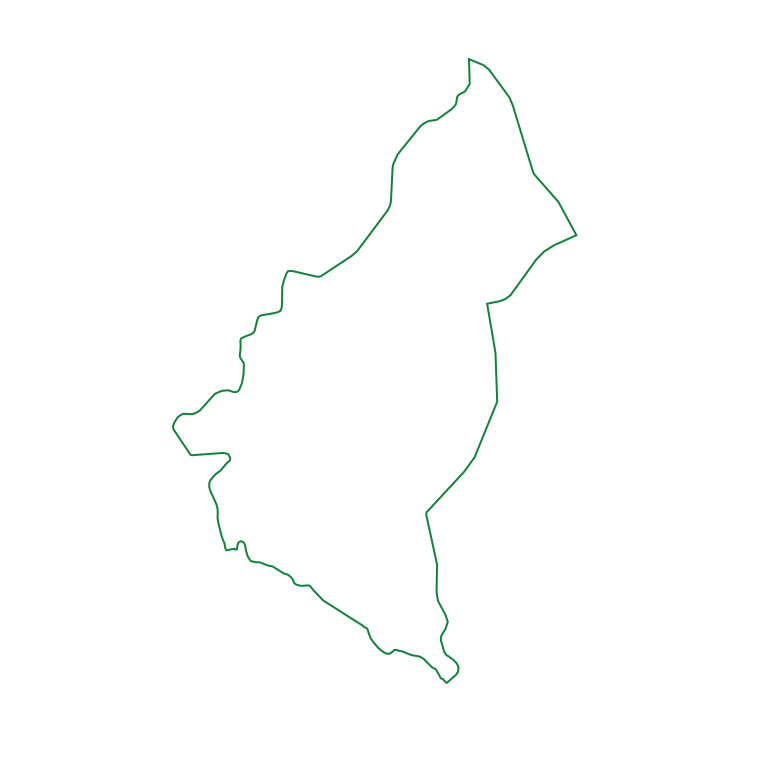 an SVG outline of Dosso, rotated 350°
{"feature_id": "NER-93", "entity_name": "Dosso", "entity_type": "Department", "adm_level": 1, "iso_a3": "NER", "parent_name": "Niger", "parent_adm1": "", "projection": "albers", "projection_center": [3.221, 13.177], "detail": "fine", "context": "isolated", "style": "outline", "palette": "green", "viewbox_px": 768, "rotation_deg": 350, "n_neighbors": 0, "source": "natural_earth", "source_scale": "10m", "svg_char_len": 2947}
<svg xmlns="http://www.w3.org/2000/svg" viewBox="0 0 768 768"><g transform="rotate(350 384 384)"><path d="M498.6,377.0L492.4,421.1L460.5,471.9L447.6,484.4L403.7,517.7L402.9,519.8L404.9,571.1L399.6,598.2L399.5,607.1L404.5,622.2L405.5,629.2L402.0,636.1L398.6,639.6L396.4,642.6L395.5,646.0L396.7,657.7L397.3,659.7L398.5,661.9L399.2,662.6L400.0,663.1L404.7,668.1L407.2,671.9L408.2,676.0L406.8,680.4L404.4,682.9L394.0,689.2L392.6,688.0L390.7,684.7L389.0,683.8L388.3,682.2L387.9,680.4L387.2,678.8L386.2,675.6L385.4,674.0L384.5,673.1L383.4,672.4L382.0,671.2L375.3,661.6L373.6,660.0L371.4,658.4L364.0,655.8L355.0,650.2L352.7,649.5L350.5,648.2L348.2,647.7L345.3,649.4L342.6,650.7L339.8,650.0L337.4,648.3L335.6,646.7L332.8,643.3L328.2,635.5L326.7,631.8L325.7,627.1L325.2,622.7L324.6,621.6L321.8,619.5L321.2,618.4L286.6,586.7L278.5,574.6L276.5,570.7L275.7,569.7L274.0,569.1L267.4,568.4L265.0,567.5L262.8,566.3L261.1,564.6L259.9,560.0L258.3,557.4L256.3,555.2L252.2,553.0L242.6,544.3L238.1,542.6L230.9,538.1L226.6,537.2L222.1,535.3L220.0,530.6L219.2,524.8L219.2,519.6L218.7,516.5L217.3,514.7L215.5,514.0L213.6,514.6L212.7,515.5L211.9,516.9L211.2,518.4L210.9,519.5L210.4,521.2L209.2,521.4L208.1,520.8L208.0,520.3L199.8,520.3L199.2,518.2L199.2,512.6L198.4,510.2L197.8,506.3L196.7,492.2L196.8,486.9L197.9,482.1L198.4,478.2L198.3,475.6L198.0,473.1L194.6,459.9L194.2,457.4L194.1,454.8L194.5,452.3L194.8,451.2L195.6,449.7L196.9,448.2L199.8,445.6L202.7,443.5L207.4,441.2L208.3,440.6L215.2,434.8L218.7,432.6L219.4,431.5L219.6,429.9L218.6,426.3L216.3,424.9L213.2,423.9L182.7,420.8L181.7,420.5L181.2,420.2L168.9,392.3L168.7,391.1L168.8,389.9L169.0,388.7L169.9,387.1L171.2,385.1L173.7,382.3L175.6,380.7L178.3,379.3L179.9,378.8L181.3,378.6L182.5,378.7L187.1,379.9L189.5,380.3L192.0,380.2L193.1,379.9L195.3,379.3L197.3,378.5L198.3,377.9L215.8,364.3L222.6,362.7L225.2,362.7L229.4,363.2L230.0,363.4L230.8,363.7L233.4,365.3L235.5,366.1L236.7,366.2L237.9,366.2L239.3,365.5L240.6,364.3L244.3,358.4L247.4,350.0L249.4,340.5L249.4,339.3L249.2,338.2L247.4,334.3L247.1,333.3L246.9,332.1L247.2,329.8L248.6,325.4L249.6,320.6L250.1,316.5L250.6,315.4L251.4,314.3L255.5,313.1L261.4,312.0L264.3,310.9L266.1,308.6L270.3,299.0L271.7,296.4L273.7,295.5L275.0,295.1L288.8,295.1L292.1,294.8L295.0,293.8L296.5,290.9L297.4,287.7L300.8,270.4L303.3,264.9L306.9,258.6L308.9,256.3L311.6,256.4L314.8,257.4L335.4,266.2L338.5,267.1L340.8,266.8L374.2,252.3L380.6,248.5L417.5,213.9L421.2,208.9L422.7,204.7L429.8,173.4L430.8,170.3L431.7,168.4L437.6,160.0L464.8,136.3L467.6,134.8L470.6,133.6L472.6,133.0L475.5,132.8L480.8,133.0L482.3,132.8L497.7,125.4L500.9,123.2L503.6,120.7L505.8,114.2L507.3,112.6L509.2,111.7L514.5,110.0L520.5,103.4L524.1,78.8L537.5,87.4L542.0,92.6L557.3,123.6L559.2,131.9L567.6,201.3L568.5,203.9L587.4,235.0L599.3,270.9L575.5,276.9L564.7,281.3L555.4,288.0L524.0,318.5L518.4,321.3L512.4,322.5L499.5,322.9L499.2,372.2L498.6,377.0Z" fill="none" stroke="#15803d" stroke-width="2"/></g></svg>